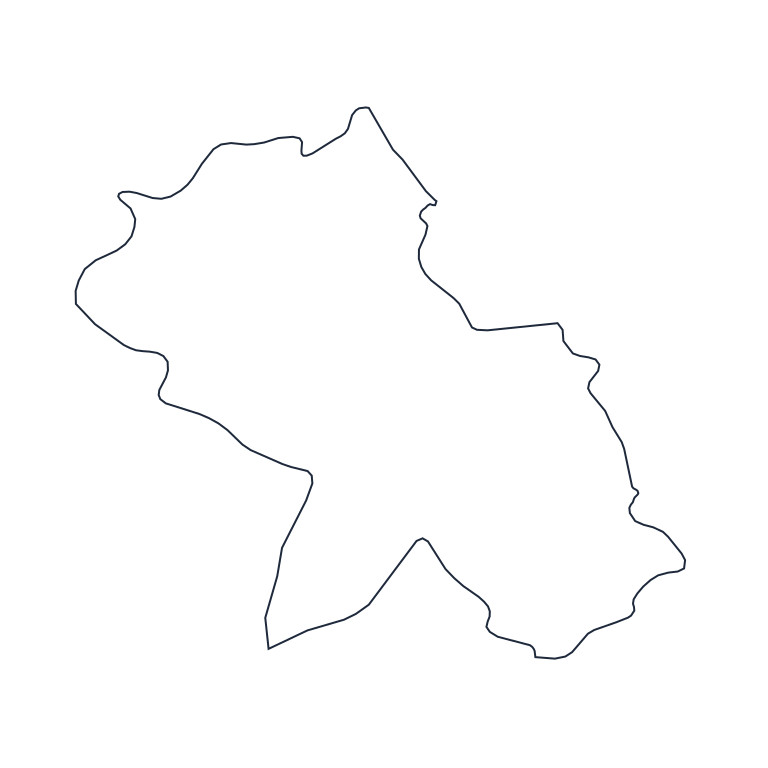 the Province of Hà Giang, rotated 95°
{"feature_id": "VNM-512", "entity_name": "Hà Giang", "entity_type": "Province", "adm_level": 1, "iso_a3": "VNM", "parent_name": "Vietnam", "parent_adm1": "", "projection": "robinson", "projection_center": [104.964, 22.767], "detail": "fine", "context": "isolated", "style": "outline", "palette": "slate", "viewbox_px": 768, "rotation_deg": 95, "n_neighbors": 0, "source": "natural_earth", "source_scale": "10m", "svg_char_len": 2400}
<svg xmlns="http://www.w3.org/2000/svg" viewBox="0 0 768 768"><g transform="rotate(95 384 384)"><path d="M533.2,68.7L541.6,69.0L545.2,75.0L547.1,84.3L550.7,94.2L556.1,101.4L563.2,108.1L570.5,113.3L576.7,116.5L581.1,116.8L584.5,115.5L588.0,114.9L593.2,117.7L595.5,120.6L601.4,132.4L601.4,132.5L610.7,153.1L615.0,159.1L634.7,173.2L636.6,175.6L639.7,179.6L642.7,189.8L642.9,209.4L636.7,210.7L634.8,211.8L633.0,213.4L631.5,215.8L625.9,248.6L621.7,257.0L617.0,260.8L611.6,260.0L606.4,258.5L601.2,258.8L596.5,261.0L592.1,265.4L587.8,271.1L578.4,287.4L571.3,297.1L563.0,306.6L537.0,326.5L534.4,332.1L537.5,337.9L605.2,379.9L615.5,392.0L622.3,403.3L636.1,438.7L657.9,475.9L627.3,481.9L584.8,473.6L556.1,471.3L506.8,451.4L489.3,446.7L481.6,448.0L477.4,452.5L474.8,469.3L472.6,478.2L461.5,511.0L456.7,519.7L443.5,536.0L437.6,545.6L433.3,555.3L430.0,565.2L422.3,599.7L418.6,605.5L414.6,607.5L409.5,607.3L396.4,601.8L389.2,600.4L380.7,601.5L375.4,606.2L372.8,612.6L372.2,620.1L372.3,627.3L372.0,634.0L370.3,640.2L367.9,646.5L349.6,677.1L331.1,697.9L318.1,699.3L307.5,697.1L295.6,692.1L285.9,682.0L274.4,662.0L267.3,653.9L258.9,648.4L249.3,646.3L241.4,646.2L231.2,651.8L223.5,662.7L220.3,665.1L217.6,664.5L215.5,661.2L214.6,654.2L215.3,647.0L218.9,630.7L218.9,621.9L215.9,613.0L209.1,603.4L202.6,597.1L195.7,592.4L180.5,584.6L164.9,574.3L159.6,567.2L157.3,557.4L157.5,542.0L156.4,534.3L153.9,524.5L148.2,510.8L145.7,496.3L146.6,489.5L150.2,486.7L158.7,486.6L161.8,486.1L163.6,484.2L163.3,480.9L160.5,475.3L143.9,453.4L141.0,448.8L137.7,444.9L132.9,442.1L118.9,439.2L113.9,435.9L111.5,432.8L110.1,426.2L110.3,423.2L149.8,395.5L158.8,385.1L188.2,359.1L196.3,349.4L197.3,347.7L201.4,348.6L201.5,350.9L200.8,353.8L202.4,356.1L205.0,358.1L206.8,360.2L209.0,362.0L213.2,363.0L215.8,361.9L220.4,356.0L222.9,354.5L231.6,355.7L246.9,360.9L256.2,360.2L264.2,357.0L270.8,352.4L276.6,346.1L292.4,322.1L297.5,316.0L320.0,301.3L321.9,296.1L321.5,285.5L308.3,216.4L314.5,210.8L325.6,209.0L337.1,198.5L339.0,191.2L339.6,182.8L341.1,175.4L346.0,171.1L352.3,171.8L364.2,179.5L370.6,180.3L375.2,177.4L391.6,161.3L407.1,152.6L421.2,142.1L427.7,139.1L464.6,127.9L466.2,126.4L467.1,124.2L468.2,122.2L470.6,121.1L471.9,121.6L475.2,124.4L476.7,125.0L480.1,125.8L482.8,127.6L486.0,128.8L491.2,127.8L498.7,121.8L501.6,113.2L503.3,103.3L507.0,93.2L511.4,87.7L527.0,72.7L533.2,68.7Z" fill="none" stroke="#1e293b" stroke-width="2"/></g></svg>